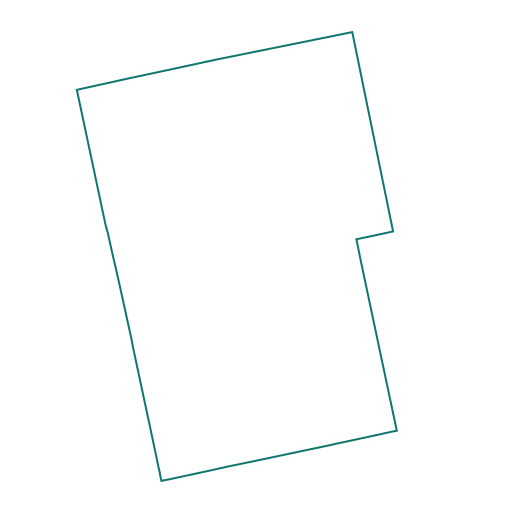 Laramie, Wyoming, United States of America, rotated 78°
{"feature_id": "52423323B58782875527199", "entity_name": "Laramie", "entity_type": "district", "adm_level": 2, "iso_a3": "USA", "parent_name": "United States of America", "parent_adm1": "Wyoming", "projection": "equal_earth", "projection_center": [-104.384, 41.327], "detail": "fine", "context": "isolated", "style": "outline", "palette": "teal", "viewbox_px": 512, "rotation_deg": 78, "n_neighbors": 0, "source": "geoboundaries", "source_scale": "gbopen_adm2", "svg_char_len": 745}
<svg xmlns="http://www.w3.org/2000/svg" viewBox="0 0 512 512"><g transform="rotate(78 256 256)"><path d="M57.0,115.3L55.6,254.2L55.7,275.9L55.8,346.0L56.2,396.7L62.9,396.7L63.4,396.7L165.3,396.7L194.1,396.7L202.5,396.2L221.0,396.0L252.7,395.5L277.7,395.3L311.2,395.1L320.8,395.3L403.5,395.2L404.6,395.2L433.3,395.2L439.5,395.3L445.6,395.2L451.8,395.3L456.3,395.3L456.3,388.7L456.4,388.2L456.3,357.5L456.3,357.2L456.3,350.9L456.3,346.9L456.1,328.6L456.3,278.1L456.3,276.9L456.3,260.6L456.3,258.5L456.4,258.4L456.3,254.4L456.4,227.7L456.4,221.5L456.3,217.1L456.2,175.3L456.2,172.5L456.1,165.4L456.1,164.5L456.1,159.6L456.2,154.6L430.5,154.6L280.2,154.5L260.5,154.3L260.5,116.8L57.0,115.3Z" fill="none" stroke="#0f766e" stroke-width="2"/></g></svg>